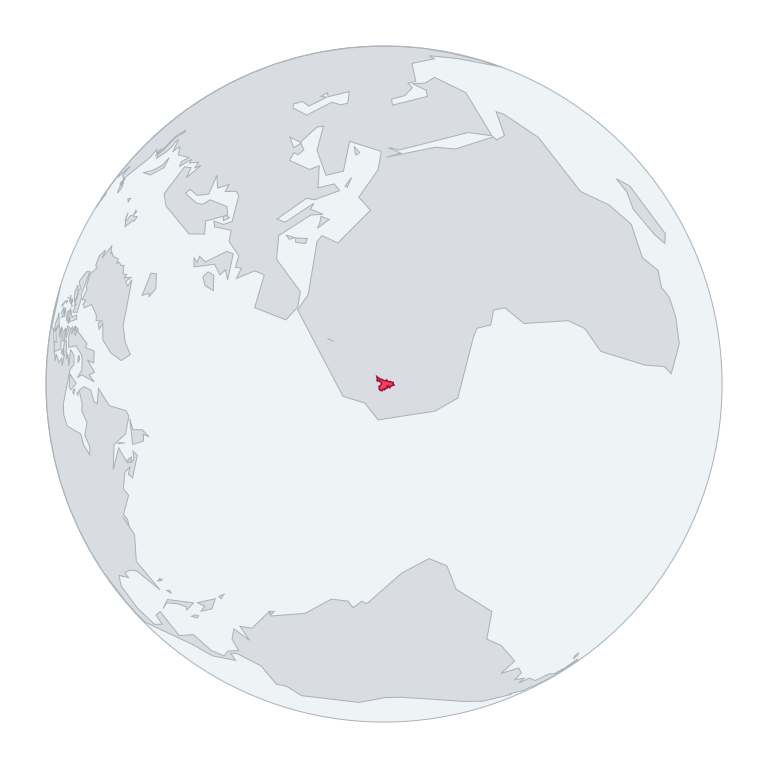 globe centered on Assaba, rotated 297°
{"feature_id": "MRT-2789", "entity_name": "Assaba", "entity_type": "Region", "adm_level": 1, "iso_a3": "MRT", "parent_name": "Mauritania", "parent_adm1": "", "projection": "orthographic", "projection_center": [-11.553, 16.707], "detail": "fine", "context": "on_globe", "style": "filled", "palette": "rose", "viewbox_px": 768, "rotation_deg": 297, "n_neighbors": 0, "source": "natural_earth", "source_scale": "10m", "svg_char_len": 11275}
<svg xmlns="http://www.w3.org/2000/svg" viewBox="0 0 768 768"><g transform="rotate(297 384 384)"><circle cx="384" cy="384" r="338" fill="#eef3f6" stroke="#a8b0b8"/><path d="M324.8,51.3L322.1,51.9L284.3,62.0L283.0,64.4L255.1,80.5L261.8,78.5L255.5,84.7L260.9,85.1L254.1,89.0L264.3,86.1L269.4,82.6L275.5,80.4L279.2,80.7L271.2,85.2L268.3,85.8L267.8,87.3L262.3,89.7L267.1,88.7L257.0,94.9L272.3,89.3L268.7,94.8L260.6,98.9L254.6,97.6L221.0,107.2L211.0,112.7L202.8,120.8L201.7,136.7L193.4,143.9L187.2,154.2L194.8,150.0L202.5,140.8L215.1,136.7L222.9,126.8L229.2,124.1L240.0,115.3L245.6,118.0L245.3,125.6L236.7,133.4L236.3,137.4L250.4,131.7L240.0,149.0L243.1,166.2L239.6,171.2L222.2,176.4L207.3,171.0L184.7,181.7L206.6,176.6L197.5,190.8L199.1,194.3L203.9,195.1L210.2,190.8L208.6,196.5L186.3,202.6L187.4,197.4L194.5,195.2L187.4,193.3L172.3,199.3L168.9,207.0L149.7,211.0L147.0,216.9L141.3,221.7L146.9,211.7L136.5,230.2L113.5,243.8L98.9,277.9L105.3,248.3L102.7,242.1L98.2,238.8L95.5,244.1L93.2,234.9L84.7,241.4L72.3,266.2L65.7,288.6L69.3,295.5L74.6,285.7L79.7,287.8L66.8,315.8L74.2,327.9L68.2,350.7L69.1,365.2L75.0,365.8L80.5,375.5L87.6,364.5L97.6,361.4L94.6,380.7L102.7,365.6L106.5,377.2L128.4,384.8L125.9,388.5L143.9,417.9L168.4,434.7L174.1,450.3L170.7,458.1L180.3,462.8L180.5,468.5L223.3,485.5L248.9,503.4L250.5,522.6L233.9,541.4L230.2,583.4L203.4,591.4L204.2,607.1L196.5,626.2L179.3,619.7L192.1,633.0L189.1,637.5L180.0,634.8L185.4,642.4L179.0,640.1L188.1,647.1L188.4,653.3L200.6,662.7L203.4,667.5L211.7,672.9L208.9,671.6L208.7,672.1L212.3,674.4L199.1,666.6L183.3,655.1L179.2,651.0L175.3,648.5L165.3,636.8L165.0,638.0L146.1,615.8L137.2,598.7L112.5,541.0L104.9,527.1L89.0,506.4L68.9,452.1L70.5,435.0L67.8,424.2L77.0,402.3L77.1,375.3L74.5,369.7L70.3,377.3L63.9,354.4L65.0,332.5L63.3,279.3L67.1,267.3L73.4,251.7L88.9,219.4L101.8,198.1L116.3,177.8L132.2,158.6L149.5,140.6L168.1,124.0L187.9,108.8L208.7,95.1L230.5,82.9L253.2,72.4L276.5,63.6L300.4,56.6L324.8,51.3ZM93.7,288.9L102.5,313.7L93.2,310.9L95.7,308.8L94.4,299.9L90.5,289.7L83.5,289.0L93.7,288.9ZM107.4,274.1L105.5,271.4L107.9,272.7L107.4,274.1ZM236.2,114.7L238.0,115.0L235.0,116.4L236.2,114.7ZM239.1,110.8L234.3,112.2L235.0,110.6L237.9,109.7L239.1,110.8ZM244.8,109.5L236.8,107.6L238.1,105.0L250.3,99.7L244.8,109.5ZM269.4,81.5L264.1,85.2L265.2,82.1L269.4,81.5ZM268.6,80.1L262.9,75.5L272.6,70.9L272.5,73.0L282.2,67.5L289.7,67.4L286.0,70.4L278.3,73.3L287.1,71.2L268.6,80.1ZM278.0,79.4L276.1,78.5L284.3,74.3L289.7,75.2L285.3,76.2L278.0,79.4ZM281.2,66.5L288.2,63.9L296.2,63.0L300.0,62.0L290.7,67.0L281.2,66.5ZM285.3,77.3L292.3,75.9L291.8,78.3L280.6,79.9L285.3,77.3ZM284.1,73.0L288.2,71.1L287.7,72.4L284.1,73.0ZM293.8,87.0L291.2,85.5L295.3,83.0L293.8,87.0ZM295.0,75.3L295.1,74.5L296.4,73.6L300.8,73.3L295.0,75.3ZM297.0,66.3L298.8,66.7L301.2,64.2L307.3,63.9L300.0,67.5L305.7,65.8L307.6,65.8L299.5,68.9L297.0,66.3ZM309.2,70.2L302.0,75.7L305.9,78.7L302.3,80.8L296.7,75.6L309.2,70.2ZM304.2,69.1L306.5,70.2L301.0,71.9L296.0,72.3L304.2,69.1ZM314.0,62.6L306.6,62.0L308.5,61.3L314.0,62.6ZM311.4,70.7L313.1,69.4L312.3,70.7L311.4,70.7ZM314.5,64.5L311.6,64.3L313.8,63.5L314.5,64.5ZM318.9,67.4L316.5,69.0L313.1,69.1L318.9,67.4ZM317.7,65.8L321.4,64.7L313.2,68.2L316.1,65.7L317.7,65.8ZM317.0,63.8L317.3,63.2L317.9,64.0L317.0,63.8ZM333.3,66.5L323.8,70.8L316.2,70.9L326.4,66.5L333.3,66.5ZM224.7,681.3L201.9,668.5L213.1,675.0L211.9,673.3L227.0,681.5L224.7,681.3ZM224.9,677.4L228.8,677.5L232.3,679.3L230.5,679.7L224.9,677.4ZM700.7,266.0L708.8,292.3L716.3,323.5L718.6,340.7L707.7,302.8L697.1,275.3L696.7,281.3L682.4,263.4L668.1,274.9L662.9,268.7L660.9,274.7L650.4,271.6L641.2,261.3L636.3,265.0L659.9,292.1L664.8,288.4L664.5,272.8L670.5,283.7L680.2,289.9L680.7,324.6L654.2,367.5L646.4,345.0L599.2,291.1L597.7,283.6L597.3,282.8L596.4,281.5L597.4,294.1L587.5,283.5L618.4,322.5L625.8,341.0L653.9,369.2L652.6,373.7L660.1,378.5L677.6,360.2L678.8,368.2L673.8,409.7L644.8,471.6L645.7,503.2L638.6,531.7L614.0,556.7L609.6,576.7L596.0,587.3L590.7,599.0L576.1,613.5L554.0,628.8L523.6,635.3L526.8,625.7L519.5,608.6L511.5,562.4L524.6,537.5L524.1,519.4L501.5,481.3L506.8,457.0L499.5,448.0L485.1,452.4L475.9,441.5L466.7,442.3L405.0,456.1L383.1,441.8L349.4,395.1L358.3,375.4L354.4,353.1L410.9,273.3L429.0,275.9L480.5,259.7L488.1,261.4L488.7,278.9L532.7,293.1L539.0,276.8L572.2,281.4L590.1,276.0L584.6,243.2L555.3,251.2L543.6,237.6L561.7,218.3L586.3,213.0L582.5,207.7L561.4,199.7L561.4,188.1L553.5,196.3L560.9,200.7L556.1,206.4L549.1,203.0L549.3,198.6L540.3,198.3L541.4,220.4L549.0,227.2L528.9,236.2L539.7,248.8L536.2,256.7L516.7,238.5L514.3,230.7L482.5,213.8L483.3,222.5L513.2,239.5L506.4,239.1L507.6,252.6L501.3,242.0L468.4,222.8L446.4,231.6L428.3,267.6L413.4,272.2L396.5,267.4L393.3,234.1L426.9,227.8L426.2,217.5L411.0,204.6L422.5,204.3L420.5,198.7L432.3,196.3L440.8,181.2L451.6,178.1L447.1,161.8L452.0,158.4L453.3,168.7L460.0,174.9L485.9,169.1L488.6,164.9L483.5,155.1L491.3,155.4L483.0,146.8L494.0,140.4L473.7,141.6L467.2,131.8L469.5,123.1L463.7,120.5L460.0,135.0L461.8,140.9L469.1,145.3L470.8,163.4L463.6,168.0L448.1,151.0L436.1,156.1L429.2,142.1L443.6,109.0L453.6,101.7L486.9,107.7L489.2,113.8L478.3,114.3L495.7,121.8L490.8,117.3L497.2,118.0L492.6,110.2L497.0,110.5L485.1,103.1L490.0,102.6L497.4,107.3L494.7,96.8L502.6,94.7L499.9,92.4L494.8,90.4L508.2,90.0L505.6,88.3L500.2,87.7L491.6,84.4L481.5,78.6L486.7,78.7L491.0,80.8L507.9,86.0L518.7,92.5L519.8,92.0L511.7,86.6L491.1,80.0L483.5,76.7L493.1,78.8L489.0,77.7L486.9,76.2L489.7,75.0L479.1,72.5L448.8,58.7L451.1,56.3L463.0,59.0L447.3,53.0L451.2,52.9L446.2,52.0L435.3,50.0L434.0,49.9L430.7,49.4L419.4,47.9L444.1,51.5L468.5,56.8L492.5,64.0L515.8,72.9L538.5,83.4L560.2,95.7L581.1,109.5L600.8,124.8L619.4,141.5L636.6,159.6L652.5,178.9L666.9,199.3L679.8,220.7L691.1,243.0L700.7,266.0ZM398.9,312.9L399.1,319.6L398.9,312.9ZM617.7,224.2L628.9,220.4L614.6,203.8L617.7,201.4L611.7,197.1L613.5,202.7L597.4,190.8L598.9,183.4L592.7,176.4L588.7,177.4L588.5,193.1L611.6,209.7L613.0,218.5L617.7,224.2ZM129.2,384.8L131.5,389.4L127.7,388.3L129.2,384.8ZM89.7,318.0L92.6,320.3L93.4,324.2L90.7,323.7L89.7,318.0ZM119.8,333.3L124.2,336.9L118.6,336.4L119.8,333.3ZM104.4,317.1L116.1,331.2L105.5,332.7L98.5,324.1L104.6,325.3L104.4,317.1ZM101.4,284.1L102.8,286.6L100.9,289.7L101.4,284.1ZM109.1,275.2L108.3,275.1L108.5,271.7L109.1,275.2ZM198.9,190.4L200.6,190.1L204.4,192.1L200.6,193.5L198.9,190.4ZM233.5,189.2L230.3,198.6L230.0,192.4L224.0,195.6L216.0,187.5L237.5,173.4L229.2,180.9L233.5,189.2ZM211.2,174.2L213.9,180.0L210.1,174.2L211.2,174.2ZM397.4,173.9L404.1,176.4L403.5,183.0L389.7,189.6L390.5,179.8L397.4,173.9ZM413.7,178.7L402.1,161.5L410.1,157.6L407.6,162.5L414.1,161.7L411.7,169.5L430.8,183.7L431.6,190.6L405.8,197.4L413.8,190.9L406.8,188.4L413.7,178.7ZM358.1,133.4L353.2,128.3L377.0,126.0L378.9,131.2L365.4,137.4L355.2,135.0L358.1,133.4ZM267.8,101.6L264.4,101.6L266.6,100.0L271.3,98.9L267.8,101.6ZM292.3,86.5L285.1,101.1L280.9,101.5L281.8,110.8L270.9,115.7L270.6,109.3L262.9,120.7L258.3,117.0L254.4,124.9L254.9,110.1L250.4,108.0L259.6,108.3L269.8,103.6L272.8,100.9L278.2,92.2L273.6,86.3L282.9,81.6L290.7,79.9L293.3,80.5L286.4,83.2L294.7,82.2L286.7,86.7L292.3,86.5ZM377.1,75.1L368.1,75.7L383.4,78.8L375.5,81.5L377.8,81.7L374.7,85.3L374.8,90.4L370.3,91.2L372.3,92.9L370.3,95.7L371.6,98.5L363.8,101.3L364.7,105.1L360.5,104.3L364.2,110.3L358.0,107.2L354.8,111.2L362.5,112.0L317.5,125.1L303.5,134.5L295.2,144.6L285.6,139.2L287.4,127.0L295.6,113.5L310.5,105.8L303.5,105.3L308.6,101.7L312.0,103.6L309.7,98.7L314.8,96.4L322.2,87.2L315.8,82.6L318.3,79.6L323.3,80.3L322.3,76.9L333.6,76.3L335.7,74.4L348.8,72.3L357.3,75.6L359.0,73.2L369.1,72.2L377.1,75.1ZM337.1,65.9L349.1,68.1L350.6,71.0L327.1,73.5L323.7,75.3L308.6,78.0L306.7,74.1L311.2,73.6L315.1,72.2L314.1,73.9L317.8,71.6L324.1,71.0L328.6,69.2L331.3,70.2L337.1,65.9ZM492.6,253.9L497.7,253.8L504.8,251.7L505.7,260.6L492.6,253.9ZM470.1,240.9L474.1,239.1L478.8,249.7L473.5,250.3L470.1,240.9ZM472.3,229.6L474.0,238.2L469.9,233.9L472.3,229.6ZM456.6,166.9L460.4,164.8L462.4,166.9L462.1,170.8L456.6,166.9ZM421.0,88.3L415.6,87.3L415.7,86.2L406.7,81.8L411.9,80.0L419.3,81.9L421.0,88.3ZM581.9,250.0L579.1,257.4L575.4,255.2L577.1,253.1L581.9,250.0ZM542.4,259.5L553.3,261.3L542.5,262.0L542.4,259.5ZM425.1,85.6L420.8,83.8L426.1,84.1L425.1,85.6ZM415.2,78.5L420.7,78.2L411.5,79.3L415.2,78.5ZM672.0,513.0L645.7,566.3L636.7,570.5L639.9,557.4L653.0,526.5L665.1,513.6L672.3,497.9L672.0,513.0ZM719.7,345.5L716.8,325.9L718.2,334.1L719.7,345.5ZM463.1,73.8L469.9,81.4L478.2,87.1L488.2,89.9L477.0,89.8L464.2,81.0L463.1,73.8ZM450.0,60.2L441.2,58.7L443.0,58.0L445.2,58.2L450.0,60.2ZM446.2,60.3L439.3,61.3L433.0,59.7L439.7,59.1L446.2,60.3ZM432.7,71.7L434.3,73.9L430.0,73.5L432.7,71.7ZM430.3,49.5L425.8,48.9L425.0,48.7L430.3,49.5ZM412.9,47.6L416.9,48.1L410.5,47.4L412.9,47.6ZM426.2,49.8L417.4,48.3L428.9,49.9L426.2,49.8Z" fill="#d9dde1" stroke="#a8b0b8" stroke-width="1"/><path d="M387.6,393.5L387.4,393.2L387.2,393.0L387.1,392.6L386.9,392.5L385.4,391.4L384.8,390.5L384.7,390.4L384.2,390.3L384.2,390.5L383.9,390.6L383.6,390.9L383.5,391.0L383.3,390.9L383.2,390.9L383.2,390.6L383.3,390.4L383.4,390.1L383.4,389.8L383.7,389.5L383.7,389.4L383.7,389.2L383.8,389.1L384.0,388.9L384.0,388.7L384.3,388.3L383.7,388.3L383.3,388.0L383.2,388.0L383.0,387.9L382.7,387.9L382.5,388.1L382.6,388.3L382.5,388.5L382.4,388.5L382.1,388.7L381.8,388.7L381.7,388.7L381.4,388.5L381.4,388.3L381.4,387.9L381.2,387.8L381.1,387.7L380.9,387.5L380.7,387.5L380.4,387.4L380.2,387.4L380.1,386.9L379.9,386.7L379.7,386.6L379.3,386.9L379.0,386.9L379.1,386.4L379.1,386.1L379.1,385.8L379.0,385.7L378.8,385.5L377.8,385.3L377.6,385.3L377.5,385.5L377.4,385.5L377.3,385.4L377.2,385.4L377.1,385.2L377.3,385.0L377.3,384.9L377.2,384.8L377.2,384.7L377.1,384.4L376.9,384.3L376.8,384.2L376.8,383.8L376.8,383.5L377.0,383.3L376.8,383.1L376.9,382.9L376.9,382.7L377.0,382.4L377.4,382.0L377.5,381.9L377.9,381.8L378.0,381.8L378.1,381.7L378.3,381.6L378.6,381.5L378.7,381.3L378.8,381.2L379.0,381.1L379.3,381.0L379.5,380.9L379.6,380.7L380.3,381.2L381.2,381.5L382.0,381.8L382.9,381.5L383.9,381.5L384.1,381.2L384.2,380.8L384.2,380.0L384.3,379.7L384.2,379.4L384.5,379.3L384.4,379.0L384.2,379.0L384.4,378.9L384.6,378.8L384.7,378.7L384.8,378.5L384.7,378.4L384.7,378.2L384.3,377.8L384.3,377.7L384.1,377.5L384.3,377.5L384.0,377.1L383.9,376.8L383.9,376.7L384.0,376.4L384.0,376.1L384.3,376.1L384.4,375.9L384.5,375.9L384.9,375.9L385.0,375.9L385.2,376.0L385.3,376.0L385.4,375.9L385.8,375.8L386.0,375.7L386.2,375.4L386.2,375.2L386.3,375.0L386.5,374.8L386.9,374.6L387.1,374.7L387.3,374.5L386.7,378.0L386.6,378.4L386.7,378.6L386.8,379.2L387.2,380.0L387.1,380.4L387.2,380.6L387.1,380.8L387.1,381.3L387.2,381.5L387.1,382.4L387.1,382.6L387.2,382.8L387.2,383.1L387.2,383.3L387.3,383.4L387.4,383.6L387.5,383.7L387.7,383.8L387.8,383.9L387.8,384.0L387.9,384.4L388.0,384.5L388.3,384.6L388.6,384.6L388.8,384.6L388.7,384.8L388.6,385.0L388.4,385.2L388.1,385.3L387.9,385.4L387.9,385.6L388.1,385.6L388.2,385.8L388.1,386.0L388.0,386.3L388.1,386.5L388.2,386.8L388.4,386.9L388.5,387.1L388.5,387.3L388.5,387.6L388.4,387.7L388.4,387.9L388.5,388.0L388.9,388.3L389.0,388.5L389.5,391.5L389.4,391.6L389.1,391.5L388.8,391.5L388.7,391.5L388.6,391.9L388.6,392.0L388.4,392.2L388.2,392.3L388.1,392.5L388.0,392.8L387.8,392.9L387.8,393.0L387.7,393.4L387.6,393.5Z" fill="#f43f5e" stroke="#9f1239" stroke-width="1.5"/></g></svg>